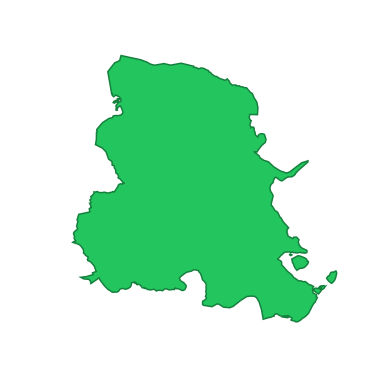 Kota Langsa, Aceh, Indonesia (Natural Earth projection), rotated 79°
{"feature_id": "22746128B69628984727954", "entity_name": "Kota Langsa", "entity_type": "district", "adm_level": 2, "iso_a3": "IDN", "parent_name": "Indonesia", "parent_adm1": "Aceh", "projection": "natural_earth1", "projection_center": [98.034, 4.485], "detail": "fine", "context": "isolated", "style": "filled", "palette": "green", "viewbox_px": 384, "rotation_deg": 79, "n_neighbors": 0, "source": "geoboundaries", "source_scale": "gbopen_adm2", "svg_char_len": 6016}
<svg xmlns="http://www.w3.org/2000/svg" viewBox="0 0 384 384"><g transform="rotate(79 192 192)"><path d="M330.5,146.4L329.9,140.5L330.1,139.0L329.6,137.1L329.6,135.2L328.0,134.6L327.7,131.9L329.6,130.0L331.3,127.4L331.1,125.6L331.6,123.5L331.6,121.3L334.7,118.1L335.5,118.0L336.5,119.3L336.8,119.2L338.3,115.9L339.3,114.8L339.5,112.6L338.0,109.0L336.9,107.5L336.7,106.3L335.5,103.9L333.3,100.7L326.5,95.4L324.3,93.3L323.8,92.3L320.5,90.0L319.8,89.1L319.4,89.1L318.5,90.1L317.5,89.5L316.5,89.7L314.3,92.4L310.1,92.2L308.7,91.6L307.9,90.7L305.9,93.2L305.4,94.7L301.6,97.7L301.2,100.2L299.9,102.2L299.8,103.6L299.4,104.5L296.4,107.2L296.0,108.1L292.3,109.9L288.2,113.3L280.4,117.9L278.2,117.4L276.8,117.8L274.3,120.7L271.7,117.3L269.0,113.0L268.8,112.1L269.4,107.8L270.1,106.5L270.2,104.8L270.8,103.9L271.9,100.4L271.9,97.4L272.7,95.8L273.6,92.4L273.4,90.9L271.7,90.3L271.2,90.4L268.3,94.4L266.7,95.9L263.2,97.2L260.8,97.0L259.2,96.1L256.2,98.0L255.8,100.9L256.7,101.3L256.9,102.0L253.9,105.9L253.4,106.2L250.7,106.2L249.9,106.7L248.7,106.1L247.3,106.1L245.6,104.0L238.5,108.2L234.3,109.6L233.4,110.4L228.2,111.8L225.9,114.1L221.0,116.0L220.2,116.7L218.1,116.2L211.3,113.1L209.6,113.4L206.3,114.7L203.4,114.9L200.0,113.3L198.2,110.6L195.5,109.4L193.4,107.4L194.0,106.3L196.9,103.7L198.2,102.0L198.0,100.8L196.3,97.4L195.6,95.0L196.1,90.8L194.8,87.9L192.8,85.9L190.9,83.2L184.7,72.5L183.5,72.2L184.2,78.7L191.0,92.4L191.4,95.6L188.1,101.4L182.8,107.0L176.9,111.2L174.6,115.5L171.5,118.6L169.2,119.3L164.6,123.2L164.4,122.6L165.1,120.5L162.8,118.4L159.6,114.6L157.2,110.5L154.4,109.3L149.3,109.9L148.4,111.3L147.9,113.1L148.2,114.8L148.9,116.0L150.6,116.9L148.6,118.6L147.1,118.9L145.6,118.7L142.8,119.3L141.5,118.8L140.3,119.1L139.8,120.1L140.1,122.0L139.4,121.7L138.1,122.2L136.3,122.3L135.4,121.4L133.2,120.3L132.7,121.0L129.8,121.7L126.9,120.4L128.6,113.0L121.7,111.2L116.2,111.2L111.6,113.0L106.9,114.0L105.0,115.9L100.1,118.6L99.7,120.4L99.0,121.3L97.8,124.2L96.7,125.5L96.4,127.8L95.3,128.5L94.8,132.0L92.5,133.8L90.2,134.4L87.7,135.8L88.7,138.2L85.6,143.4L83.2,145.9L83.0,147.2L80.3,149.9L78.1,151.1L77.2,152.5L75.8,152.8L75.1,154.2L73.0,156.6L71.9,159.6L72.3,161.2L72.0,162.9L70.9,163.6L69.8,166.6L68.9,166.3L63.5,178.1L63.4,188.8L60.6,195.0L60.4,204.5L58.6,208.3L55.9,211.5L52.6,216.8L44.5,235.6L49.2,238.0L50.5,243.3L57.8,251.7L80.4,252.1L80.4,251.5L82.1,251.8L83.6,250.6L82.3,248.4L84.8,245.1L87.6,243.9L89.4,244.8L89.8,246.5L89.2,246.9L88.0,246.7L86.8,245.0L86.4,245.4L86.6,245.9L86.0,247.1L86.2,247.5L88.0,248.2L87.5,249.2L88.1,251.4L89.2,252.3L90.0,251.2L89.0,249.2L90.3,247.6L92.7,250.1L95.3,250.4L97.0,251.0L97.4,250.5L97.4,249.7L96.3,249.7L94.5,248.3L94.0,245.9L95.6,245.3L100.0,244.6L101.2,244.9L102.1,245.6L102.3,246.6L102.9,246.8L102.9,250.1L102.4,252.0L102.2,254.6L103.9,256.1L103.9,259.3L106.7,266.3L108.5,268.7L112.5,273.6L114.8,273.7L114.9,274.3L122.4,275.9L127.1,277.7L131.9,271.5L136.3,268.7L143.9,267.6L146.7,264.8L150.6,265.2L151.0,263.8L151.4,263.4L153.4,263.6L155.9,262.7L156.9,263.0L159.3,262.9L160.0,261.6L161.0,261.4L162.8,261.2L163.8,261.8L164.4,261.6L165.1,260.4L169.3,257.9L170.3,256.9L171.3,257.0L170.3,257.2L170.1,258.1L170.2,258.6L171.0,259.0L170.3,260.5L170.6,262.1L171.3,263.1L172.1,263.4L177.2,268.3L176.4,269.7L177.0,271.0L176.8,272.4L177.1,274.4L175.5,278.0L175.4,280.7L174.8,283.2L173.4,285.1L173.7,286.3L173.2,288.2L173.9,288.2L175.9,289.8L177.2,292.3L178.4,291.9L179.5,292.4L180.4,293.8L182.7,293.1L183.9,293.8L183.6,294.6L186.6,293.9L187.6,294.3L187.7,293.1L188.7,296.0L192.1,296.1L192.3,307.4L197.5,310.2L198.7,309.5L203.6,311.8L206.3,311.2L209.0,315.6L210.3,316.3L211.6,316.0L213.9,316.0L215.1,316.6L218.0,315.4L218.6,316.2L218.1,317.0L218.1,317.7L218.5,317.6L218.8,318.5L221.6,313.4L223.4,311.6L228.1,309.5L231.4,310.1L232.6,308.9L233.8,308.7L235.9,306.4L237.5,306.9L238.3,307.6L239.4,307.4L241.0,305.0L245.7,302.2L251.8,301.2L252.3,305.1L254.2,304.8L254.9,311.6L254.5,317.5L256.6,314.9L258.1,309.9L259.8,308.8L262.6,308.7L258.6,299.6L261.5,298.8L267.7,295.7L271.6,293.0L275.2,289.2L275.9,284.5L275.5,283.1L273.7,281.3L273.4,280.3L273.5,278.4L274.8,275.6L274.6,273.4L273.5,270.6L271.8,269.4L269.5,268.6L269.4,265.5L270.3,265.9L270.7,265.1L270.4,264.8L270.5,264.2L271.0,263.9L272.0,264.1L272.5,263.6L272.3,262.3L273.4,260.6L276.6,259.0L276.9,258.3L276.6,257.4L277.7,256.9L277.8,256.1L277.5,255.7L279.0,254.6L279.7,252.5L280.2,252.0L280.2,247.8L282.4,245.8L282.1,245.1L282.2,242.4L283.3,239.7L282.0,237.5L282.2,235.3L283.6,233.5L284.0,231.3L283.9,229.4L284.4,228.3L284.2,227.5L283.3,227.4L283.1,226.5L284.1,225.5L284.2,224.1L286.9,220.3L286.9,219.1L286.4,217.6L284.5,216.1L282.8,215.6L279.3,217.4L278.0,219.1L276.6,220.3L274.1,220.8L272.7,219.0L269.8,213.0L269.5,207.4L268.6,205.2L270.3,200.5L271.2,200.7L273.7,199.2L278.0,198.5L280.1,198.5L282.1,197.0L284.2,196.0L285.9,195.7L288.5,196.5L290.0,196.5L292.1,197.4L294.9,197.4L297.2,198.7L298.5,197.9L299.8,198.7L301.3,202.4L304.3,203.1L305.4,202.4L308.4,194.2L306.6,188.7L307.5,186.7L311.1,183.0L312.8,177.0L312.2,173.6L307.5,164.4L305.1,158.2L305.3,154.7L306.2,150.7L308.1,148.7L313.2,147.0L321.1,146.2L330.5,146.4ZM284.9,92.3L282.9,91.0L282.1,91.3L281.6,92.3L280.5,92.2L279.4,92.6L277.9,94.3L275.3,98.4L274.8,100.3L276.9,106.9L280.5,106.8L281.7,106.2L283.8,106.0L286.6,105.2L288.9,103.9L288.2,102.7L287.6,100.5L287.8,97.5L287.3,95.7L284.9,92.3ZM305.0,75.3L308.2,72.6L308.0,71.7L307.1,70.3L305.5,68.6L303.7,67.4L299.6,65.5L297.2,65.6L297.0,66.4L297.7,68.3L297.3,70.5L297.6,71.2L300.1,73.1L300.9,75.0L302.3,76.3L302.8,76.3L303.7,75.5L305.0,75.3ZM312.7,83.2L312.0,81.1L310.0,79.1L310.1,79.6L309.1,80.2L308.8,84.0L309.7,85.3L310.2,83.2L310.8,83.7L311.8,83.5L312.3,84.2L312.1,84.5L311.3,84.7L310.7,87.3L310.0,88.7L309.9,89.8L310.6,90.8L311.9,91.0L312.8,90.5L316.2,87.6L316.1,87.0L312.7,83.2ZM331.9,126.9L333.6,122.4L333.4,120.9L332.9,120.4L332.0,121.5L332.3,124.6L331.5,126.2L331.9,126.9ZM272.3,108.2L273.3,107.1L272.8,105.9L271.6,107.1L271.7,107.8L272.3,108.2Z" fill="#22c55e" stroke="#15803d" stroke-width="1.5"/></g></svg>